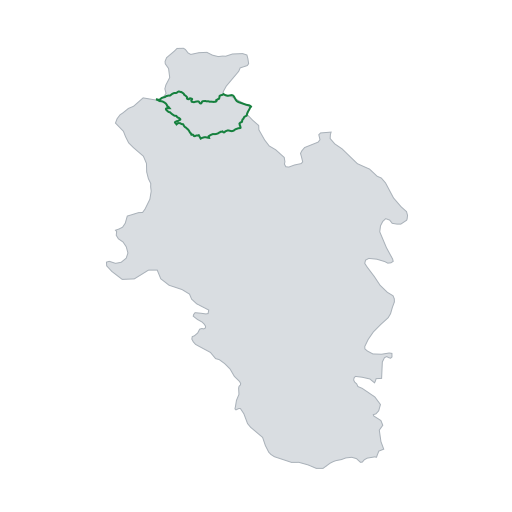 location of Jablanicki within Republic of Serbia, rotated 192°
{"feature_id": "SRB-843", "entity_name": "Jablanicki", "entity_type": "District", "adm_level": 1, "iso_a3": "SRB", "parent_name": "Republic of Serbia", "parent_adm1": "", "projection": "robinson", "projection_center": [22.002, 42.918], "detail": "fine", "context": "in_parent", "style": "outline", "palette": "green", "viewbox_px": 512, "rotation_deg": 192, "n_neighbors": 0, "source": "natural_earth", "source_scale": "10m", "svg_char_len": 8865}
<svg xmlns="http://www.w3.org/2000/svg" viewBox="0 0 512 512"><g transform="rotate(192 256 256)"><path d="M291.0,193.3L304.1,196.9L310.0,200.4L313.1,204.9L321.4,207.8L334.9,209.3L344.4,213.9L349.7,221.7L358.3,219.8L370.3,208.3L382.0,205.3L393.6,210.8L400.0,215.3L401.0,218.9L398.4,220.3L391.9,219.6L386.6,221.8L382.5,226.9L381.9,232.3L384.8,238.0L388.9,242.0L394.2,244.2L397.0,247.2L397.4,251.0L398.8,252.0L395.8,253.8L392.5,256.4L390.7,260.9L390.2,268.3L379.9,274.0L376.0,275.0L374.3,278.8L371.6,289.5L372.0,297.6L373.4,301.7L374.0,305.0L377.3,309.2L380.4,315.5L382.4,323.8L386.9,330.2L398.4,336.5L404.1,340.2L408.4,345.6L411.6,350.4L421.1,356.8L420.4,361.4L418.3,365.9L416.2,368.0L411.5,373.8L406.9,377.0L399.3,387.2L387.3,387.7L384.5,388.5L380.0,391.3L377.8,396.4L379.9,400.5L379.7,404.6L377.5,412.6L380.5,421.2L384.7,425.1L385.4,427.4L384.7,431.4L378.4,439.5L376.4,442.6L370.1,444.1L368.0,443.3L364.7,440.5L361.7,439.6L354.1,443.0L346.4,445.0L340.4,443.4L334.4,443.2L330.3,444.6L327.2,445.1L321.0,448.7L311.2,451.2L306.7,450.7L305.0,447.4L303.2,442.6L304.1,440.5L310.6,436.7L311.3,433.1L320.4,416.0L322.1,410.4L322.2,408.5L319.8,407.3L314.9,407.4L292.9,400.4L293.9,392.4L287.5,388.1L280.5,384.2L279.4,380.0L271.7,371.3L266.0,366.4L258.8,364.0L252.6,360.4L248.9,358.3L247.3,354.2L247.3,351.8L245.4,349.5L242.4,349.8L237.3,353.0L231.0,355.8L229.9,357.8L232.2,362.6L233.8,365.6L233.0,368.5L231.0,372.2L218.9,380.3L217.6,383.1L219.8,387.7L218.4,389.8L208.3,392.8L208.5,390.3L207.9,386.3L202.2,382.0L194.1,378.7L176.1,367.4L169.2,365.9L163.0,364.6L154.1,359.2L149.6,358.3L144.5,354.4L133.6,341.4L124.3,334.3L118.0,330.7L116.2,327.2L115.9,323.6L116.1,322.3L121.0,317.3L124.8,316.5L129.6,316.3L132.7,318.9L136.9,319.5L139.2,316.2L140.5,311.4L140.0,305.4L130.2,291.3L121.7,281.4L120.7,279.3L122.6,277.4L125.6,276.4L128.8,277.3L137.2,278.0L145.2,277.1L148.0,274.7L148.1,271.4L145.1,268.4L135.8,260.3L128.6,253.2L120.0,247.8L113.7,245.6L111.8,242.8L111.1,239.8L111.9,234.4L112.4,227.5L113.9,223.1L119.8,214.9L125.4,206.2L128.9,197.8L130.8,190.1L130.2,187.8L127.3,186.2L121.3,184.5L112.8,186.0L105.6,188.8L102.8,189.0L102.0,185.5L103.1,184.0L105.3,184.2L107.2,184.8L109.2,183.3L110.4,178.6L107.7,162.4L113.0,161.0L113.2,158.7L113.7,156.6L119.1,159.4L126.9,159.5L133.7,158.9L134.7,157.3L134.7,155.0L133.3,153.2L130.9,151.8L129.2,149.5L124.6,148.6L110.4,142.8L103.4,136.6L103.8,130.1L105.9,126.5L108.3,125.2L107.6,124.0L99.6,121.0L96.8,116.8L99.2,111.3L95.2,100.4L90.9,93.6L95.3,90.7L96.0,86.5L96.3,84.2L98.1,84.2L105.2,81.4L107.7,79.2L109.2,76.5L110.9,75.9L115.6,78.7L120.5,79.0L126.1,77.2L130.2,74.6L135.2,72.5L137.5,71.1L140.4,68.8L146.3,62.2L152.9,60.8L161.7,62.5L171.2,63.1L178.3,61.5L196.3,63.5L200.2,65.0L202.7,66.7L207.4,72.5L211.8,79.9L218.1,83.3L225.6,87.3L229.4,90.3L235.1,99.2L239.5,103.5L241.0,103.3L242.5,102.2L243.6,101.3L244.8,102.1L244.8,104.8L245.1,110.7L243.9,117.1L245.5,123.1L245.5,125.0L244.4,126.7L244.5,128.2L246.1,129.9L252.2,133.8L257.8,140.0L264.4,144.3L270.4,147.0L274.2,147.2L280.5,152.2L292.9,155.8L296.8,157.0L299.5,159.0L301.5,161.4L301.6,163.9L299.7,165.1L297.0,168.6L295.9,172.7L293.9,173.8L292.0,173.8L290.5,175.1L290.8,176.9L292.5,178.6L295.0,180.2L300.0,181.7L304.9,184.1L304.8,185.9L303.8,187.9L297.6,188.6L293.0,188.9L290.9,189.7L291.0,193.3Z" fill="#d9dde1" stroke="#a8b0b8" stroke-width="1"/><path d="M386.3,388.4L386.2,388.4L385.7,388.7L384.3,388.5L383.1,388.5L382.4,389.1L381.2,390.9L380.3,391.5L378.2,392.5L377.5,393.1L377.0,393.8L376.1,394.1L375.5,394.5L375.1,394.7L374.6,394.8L373.7,395.0L373.4,395.1L373.0,395.6L372.6,396.0L372.3,396.4L371.8,397.0L371.6,397.2L371.4,397.4L370.6,397.9L370.2,398.2L370.0,398.4L369.7,398.5L369.2,398.6L368.4,398.7L368.1,398.8L367.8,399.0L367.6,399.1L367.2,399.5L366.7,400.2L365.8,400.8L365.7,400.9L365.4,400.9L365.2,400.9L364.9,400.9L364.7,400.9L364.3,400.7L364.1,400.7L363.9,400.7L363.7,400.7L363.2,400.9L362.8,400.8L362.4,400.6L362.1,400.4L361.2,400.1L360.6,399.8L360.3,399.6L360.2,399.4L359.9,398.9L359.7,398.8L359.6,398.7L359.4,398.6L358.8,398.4L358.1,398.1L356.6,397.1L356.3,396.8L356.2,396.7L356.2,396.4L356.3,395.8L356.2,395.7L355.9,395.4L355.5,395.3L355.1,395.3L354.8,395.3L354.5,395.4L354.3,395.4L354.2,395.5L353.5,396.3L353.4,396.5L353.2,396.5L352.9,396.6L352.1,396.5L351.8,396.5L351.5,396.4L351.3,396.4L351.2,396.3L351.1,396.2L351.1,395.8L351.6,395.2L351.7,394.8L351.7,394.7L351.1,393.8L351.0,393.6L350.8,393.6L350.7,393.5L350.1,393.5L349.2,393.5L348.9,393.5L348.6,393.6L348.1,393.8L347.5,394.2L347.3,394.3L346.6,394.6L345.5,395.0L344.7,395.2L344.3,395.2L344.1,395.1L343.9,395.0L343.5,394.7L342.9,394.0L342.7,393.9L342.3,393.7L342.1,393.7L341.8,393.7L341.7,393.7L341.5,393.8L341.4,393.9L341.2,394.3L341.0,394.7L340.9,395.5L340.7,395.9L340.6,396.1L340.0,396.4L339.5,396.6L337.7,397.1L337.1,397.0L336.6,397.0L335.7,397.2L335.0,397.4L334.8,397.4L334.3,397.4L333.4,397.3L333.2,397.3L332.9,397.4L332.1,397.6L331.8,397.7L331.6,397.7L331.3,397.7L331.1,397.7L330.2,397.9L329.7,397.9L329.4,397.9L329.3,398.0L327.9,398.4L327.7,398.5L327.1,398.9L327.0,399.1L326.9,399.2L326.9,399.4L326.9,399.6L327.0,399.7L327.2,400.1L327.3,400.2L327.2,400.4L327.1,400.5L326.6,400.7L326.5,400.8L326.3,400.9L326.1,401.3L325.9,401.4L325.7,401.6L325.2,401.9L325.0,402.0L324.9,402.1L324.8,402.3L324.8,402.5L324.8,403.2L324.8,404.0L324.9,404.8L324.8,405.1L324.6,405.3L323.8,405.9L323.5,406.1L322.8,406.4L322.6,406.5L322.3,406.7L321.5,407.6L321.0,407.3L318.6,406.8L316.9,406.8L313.4,408.3L312.2,408.3L310.8,407.5L308.2,404.5L307.0,403.5L305.2,402.9L297.0,401.9L294.1,402.0L292.7,401.6L291.9,401.1L292.0,400.8L292.3,400.5L292.6,400.0L292.9,398.5L294.0,395.1L294.3,393.5L294.3,391.4L296.3,389.7L296.7,388.7L296.7,388.0L296.8,387.8L296.9,387.5L297.5,386.9L297.6,386.6L297.6,386.1L297.6,385.9L297.7,385.3L297.6,385.1L297.6,384.7L297.6,384.4L297.7,384.2L298.0,384.0L298.2,383.8L298.6,383.6L298.9,383.4L299.1,383.1L299.2,382.9L299.6,382.4L299.7,382.1L299.7,381.9L299.6,381.7L299.2,381.1L299.1,380.9L298.9,380.4L298.9,380.2L298.5,379.9L298.4,379.7L298.1,379.1L297.9,378.6L297.8,378.4L297.8,378.1L298.0,377.9L299.1,377.5L299.8,377.3L301.9,376.0L302.4,375.7L302.8,375.3L303.0,375.1L303.5,374.5L303.6,374.3L303.8,374.1L304.7,373.5L304.9,373.4L305.2,373.3L305.6,373.1L305.9,373.1L306.2,373.0L308.9,373.1L309.2,373.0L309.6,373.0L309.9,372.9L310.2,372.7L310.9,372.2L311.6,371.8L311.9,371.6L312.0,371.4L312.4,370.7L312.6,370.5L312.7,370.4L313.0,370.2L313.3,370.2L313.5,370.2L313.8,370.3L314.4,370.7L314.5,370.7L314.6,370.8L314.7,370.7L314.9,370.7L315.2,370.5L315.9,370.3L316.6,370.1L316.7,369.9L317.0,369.5L317.4,369.2L317.9,368.9L318.4,368.3L318.7,368.0L318.9,367.9L319.9,367.3L320.8,366.9L321.3,366.7L321.8,366.6L322.6,366.5L322.9,366.4L323.8,366.2L324.0,366.0L325.6,364.9L326.1,364.4L326.6,363.8L327.2,363.4L327.3,363.2L327.2,362.9L326.9,362.5L326.5,361.8L327.9,361.7L328.5,361.7L330.0,361.7L330.6,361.6L331.2,361.4L331.7,361.2L332.4,360.8L333.5,360.2L334.5,359.3L337.1,362.3L338.0,361.7L338.6,361.7L339.0,361.6L339.5,361.4L340.6,360.6L340.8,360.5L341.2,360.4L341.4,360.4L341.5,360.4L341.7,360.5L341.9,360.6L342.2,361.0L342.3,361.2L342.7,361.4L342.9,361.5L343.1,361.6L343.3,361.6L343.5,361.5L344.0,361.2L344.4,361.2L344.5,361.2L344.6,361.3L344.8,361.9L345.0,362.2L345.1,362.3L345.3,362.5L345.9,362.8L346.1,362.9L346.3,363.0L346.7,363.6L347.1,364.0L347.5,364.5L348.3,365.2L348.5,365.4L349.0,365.7L349.4,366.0L349.6,366.1L350.2,366.3L350.3,366.4L350.7,366.7L351.0,366.9L351.4,367.1L352.1,367.3L352.5,367.5L352.9,367.8L353.4,368.2L353.6,368.4L354.3,369.3L354.7,369.7L355.2,369.7L355.8,369.6L356.1,369.6L356.4,369.6L356.9,369.8L357.4,370.0L357.6,370.1L357.8,370.1L358.0,370.1L359.4,369.9L359.6,369.8L359.8,369.8L360.0,369.6L360.5,369.0L361.1,368.2L361.6,368.7L362.2,369.1L363.0,369.7L363.1,369.9L363.1,370.0L362.4,370.6L362.0,371.1L361.8,371.2L361.7,371.3L361.1,371.5L360.9,371.6L360.3,371.9L360.2,372.0L359.8,372.4L359.7,372.6L358.6,373.4L358.5,373.5L358.4,373.7L358.4,373.9L358.5,374.1L358.7,374.3L359.6,374.8L359.8,374.9L360.2,375.0L361.2,375.2L361.5,375.2L361.8,375.4L362.0,375.5L362.6,376.1L362.9,376.3L363.1,376.4L363.3,376.5L363.5,376.5L364.3,376.3L364.6,376.3L364.9,376.3L365.3,376.4L365.6,376.5L366.3,376.8L368.0,377.5L368.6,377.9L369.3,378.2L369.7,378.5L369.9,378.7L370.1,378.7L370.9,378.7L371.2,378.7L371.4,378.8L371.6,378.8L372.6,379.3L373.7,380.0L374.2,380.3L374.4,380.5L374.6,380.9L374.7,381.1L374.7,381.3L374.6,381.5L374.4,381.7L374.2,381.8L374.0,382.0L373.6,382.1L372.7,382.3L371.3,382.6L371.9,383.1L372.7,383.7L372.9,383.8L373.2,383.9L373.7,384.1L374.0,384.3L374.3,384.5L374.5,385.1L374.7,385.3L375.1,385.6L375.4,386.0L375.7,386.2L376.1,386.5L376.7,386.7L377.3,387.1L377.6,387.2L378.4,387.3L378.6,387.4L379.3,387.7L379.6,387.7L379.9,387.7L380.5,387.7L380.8,387.7L381.7,387.6L382.3,387.5L382.7,387.6L383.0,387.6L383.6,387.9L383.9,388.0L384.5,388.1L386.3,388.4Z" fill="none" stroke="#15803d" stroke-width="2"/></g></svg>